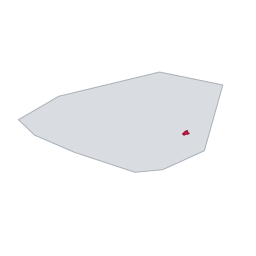 Lamaze, Choiseul, Saint Lucia shown in context, rotated 254°
{"feature_id": "8701671B134536261517", "entity_name": "Lamaze", "entity_type": "district", "adm_level": 2, "iso_a3": "LCA", "parent_name": "Saint Lucia", "parent_adm1": "Choiseul", "projection": "orthographic", "projection_center": [-61.019, 13.807], "detail": "fine", "context": "in_parent", "style": "filled", "palette": "rose", "viewbox_px": 256, "rotation_deg": 254, "n_neighbors": 0, "source": "geoboundaries", "source_scale": "gbopen_adm2", "svg_char_len": 1018}
<svg xmlns="http://www.w3.org/2000/svg" viewBox="0 0 256 256"><g transform="rotate(254 128 128)"><path d="M173.1,173.7L143.2,231.0L85.1,195.1L78.4,149.9L83.5,122.5L119.1,70.2L146.8,36.3L166.2,25.0L177.6,70.1L173.1,173.7Z" fill="#d9dde1" stroke="#a8b0b8" stroke-width="1"/><path d="M107.1,179.2L106.9,179.2L105.9,180.0L106.1,180.4L106.1,180.6L106.1,180.8L106.2,181.0L106.1,181.3L106.1,181.7L106.1,181.8L106.2,182.0L106.2,182.4L106.2,182.5L106.3,182.7L106.3,182.8L106.2,182.8L106.2,183.0L106.1,183.3L106.0,183.5L105.9,183.6L105.7,183.7L105.7,183.8L105.9,184.0L106.0,184.2L106.0,184.5L106.1,184.8L106.3,184.6L106.5,184.5L106.6,184.4L106.7,184.2L106.8,184.1L108.9,184.2L109.0,184.0L109.0,183.9L109.0,183.7L109.0,183.3L108.9,183.2L108.8,182.9L108.8,182.7L108.8,182.4L108.8,182.2L108.7,182.0L108.3,181.9L108.2,181.7L108.3,181.5L108.3,181.3L108.1,181.1L108.1,180.9L108.0,180.7L107.7,180.5L107.7,180.2L107.6,179.7L107.4,179.5L107.1,179.4L107.1,179.2L107.1,179.2Z" fill="#f43f5e" stroke="#9f1239" stroke-width="1.5"/></g></svg>